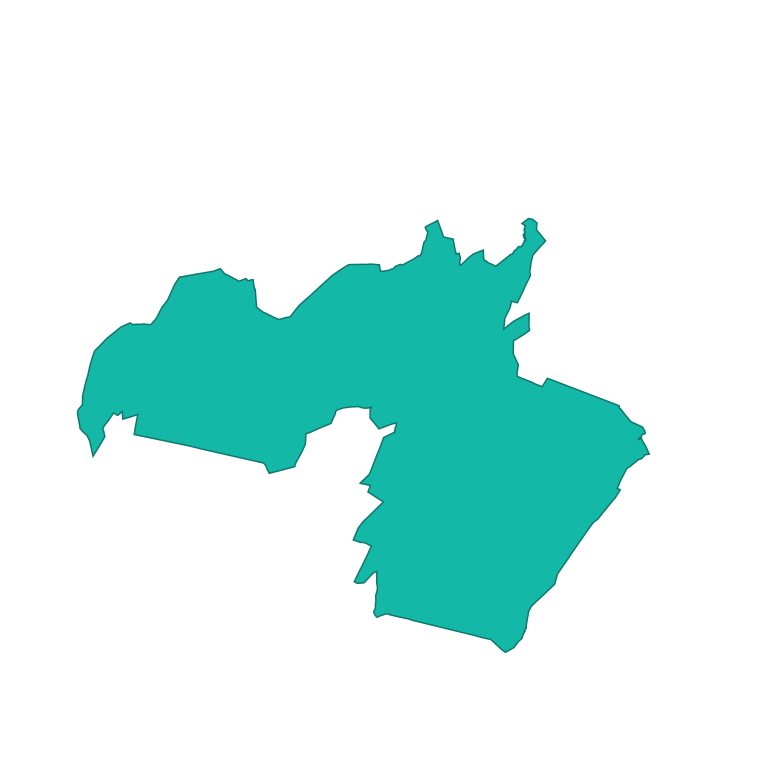 outline of Vidrižu pag., Limbaži, Latvia, rotated 123°
{"feature_id": "27541924B82277594032017", "entity_name": "Vidrižu pag.", "entity_type": "district", "adm_level": 2, "iso_a3": "LVA", "parent_name": "Latvia", "parent_adm1": "Limbaži", "projection": "equal_earth", "projection_center": [24.641, 57.308], "detail": "fine", "context": "isolated", "style": "filled", "palette": "teal", "viewbox_px": 768, "rotation_deg": 123, "n_neighbors": 0, "source": "geoboundaries", "source_scale": "gbopen_adm2", "svg_char_len": 6039}
<svg xmlns="http://www.w3.org/2000/svg" viewBox="0 0 768 768"><g transform="rotate(123 384 384)"><path d="M344.1,128.2L344.4,131.8L341.3,132.0L336.1,133.1L322.7,134.3L319.3,132.9L319.2,132.8L318.6,132.6L309.1,129.5L308.9,129.6L306.4,127.3L301.2,126.4L298.3,123.3L297.3,125.1L294.2,129.7L290.3,137.3L289.4,138.3L292.1,140.4L291.7,140.7L291.1,140.7L289.8,140.3L288.8,139.7L288.6,139.4L287.5,139.6L287.2,139.7L286.8,140.1L286.5,140.1L285.9,139.9L285.1,139.4L283.8,138.1L283.3,138.0L282.8,138.2L281.9,139.3L281.4,139.5L281.0,140.4L281.1,140.7L279.3,143.5L280.7,153.7L280.9,154.3L281.1,156.6L280.7,158.1L275.8,173.0L276.1,173.1L274.2,175.0L289.7,247.8L290.3,250.1L299.9,249.8L300.2,250.3L301.8,258.0L302.0,258.3L301.7,259.0L304.4,272.9L304.6,273.4L304.9,275.8L305.1,276.4L302.1,278.6L294.8,281.7L288.1,292.3L277.3,298.9L265.6,293.4L259.6,291.1L257.1,293.6L255.2,294.8L249.7,298.2L249.5,298.4L245.6,300.8L249.5,303.3L253.0,305.2L257.7,307.8L260.8,309.3L260.8,309.5L272.8,313.5L262.9,318.5L253.4,319.5L251.5,319.9L249.8,320.3L249.7,320.4L245.2,322.1L243.2,316.4L240.3,316.8L235.5,317.3L229.8,318.1L225.0,318.9L213.7,320.2L212.9,320.4L210.7,322.8L206.8,324.5L203.3,326.2L200.0,327.7L198.1,328.1L194.8,329.4L194.5,329.4L189.5,328.6L188.9,328.4L188.8,328.5L185.7,328.1L176.0,326.4L171.6,340.0L170.9,340.6L165.5,343.5L165.6,344.0L165.1,347.5L165.0,349.2L166.5,352.9L174.3,355.7L174.3,351.2L174.7,351.2L176.1,351.3L177.0,350.6L177.6,350.9L178.9,350.0L178.5,349.5L180.1,348.8L180.1,348.4L181.2,348.2L181.5,348.3L182.5,348.2L183.4,348.4L183.6,348.0L182.8,347.4L182.1,347.3L182.0,347.2L183.2,346.8L183.7,346.6L184.4,346.8L185.1,346.5L185.0,346.0L185.2,345.5L184.1,345.7L184.4,345.3L185.1,345.2L185.4,344.6L185.0,343.9L185.7,343.6L187.4,343.8L187.2,344.3L188.1,344.2L188.8,343.9L189.1,343.4L189.9,343.8L190.9,343.6L191.7,343.8L192.0,343.8L193.2,343.4L193.9,343.5L194.3,344.3L195.2,345.5L195.5,346.1L196.2,346.0L197.0,346.3L197.2,346.2L199.3,346.4L199.7,346.7L200.3,346.6L200.6,346.8L200.7,347.0L201.5,347.3L202.2,347.0L202.7,347.2L203.4,347.2L203.7,347.1L204.3,347.2L204.9,346.8L205.3,347.0L206.1,348.2L215.1,351.2L224.3,354.4L225.6,363.5L225.6,364.5L225.3,364.5L225.3,368.2L217.6,373.6L226.0,379.7L230.0,381.2L232.4,381.9L241.9,384.1L242.2,384.6L242.8,384.8L241.5,386.2L240.6,386.8L236.4,388.7L234.7,390.9L233.3,392.2L235.7,394.1L231.5,398.7L224.8,405.0L226.7,409.8L228.3,414.1L223.7,420.0L217.6,428.1L220.3,429.5L225.4,432.5L229.7,434.9L230.7,434.2L233.1,429.9L233.7,429.6L240.4,427.3L243.5,427.7L253.1,424.0L256.0,423.6L256.9,423.6L257.8,425.0L258.1,425.3L262.5,426.9L274.5,433.5L274.6,435.1L274.7,435.3L275.0,435.6L279.1,438.4L279.5,438.6L282.2,439.0L283.0,439.4L283.2,439.5L283.8,440.6L285.7,441.5L286.9,442.8L288.9,445.1L291.5,448.2L286.6,452.8L289.5,458.4L291.5,461.7L291.9,461.8L294.3,465.4L295.9,468.1L296.6,469.0L302.3,477.5L303.3,478.7L310.5,482.1L321.3,486.6L348.9,493.7L364.0,497.9L369.6,498.5L378.9,499.3L380.7,501.3L381.2,501.9L383.1,503.7L387.1,507.2L387.8,511.0L388.2,513.6L389.1,521.9L389.6,524.1L389.4,527.4L388.9,532.7L388.3,533.2L374.7,543.6L374.8,543.8L374.9,544.1L374.8,544.4L374.6,544.6L370.5,548.3L370.0,548.8L367.9,550.6L367.8,550.8L367.9,551.0L370.6,553.5L371.4,554.1L371.5,554.5L371.1,555.9L370.8,556.8L370.8,557.1L371.1,557.5L376.4,561.3L376.7,561.6L376.8,561.7L378.0,576.0L378.4,576.8L378.2,577.7L378.0,579.0L377.3,581.1L376.4,584.1L382.3,588.4L394.1,601.3L397.2,604.5L405.8,613.7L413.8,613.8L419.7,613.0L431.4,611.2L434.9,611.4L440.3,612.0L452.9,610.7L458.3,611.5L461.3,611.9L464.8,618.6L465.7,619.6L466.8,621.0L467.2,621.8L469.9,625.8L471.1,626.9L471.0,630.2L475.8,633.3L478.6,635.0L479.2,635.5L496.1,641.1L514.0,644.7L521.1,642.9L527.6,640.9L528.1,640.7L528.3,640.5L529.8,640.2L536.6,637.7L537.8,637.1L539.8,636.6L545.6,634.9L557.3,630.6L558.2,630.2L565.7,625.6L571.4,626.4L572.1,626.4L575.1,625.4L575.5,625.1L580.1,620.9L584.4,616.7L586.9,614.6L587.0,614.0L588.1,610.3L588.9,605.0L589.2,604.5L592.1,599.8L592.5,599.4L593.2,598.6L603.0,588.7L600.0,588.8L595.9,588.8L580.4,589.4L580.1,589.5L575.9,593.8L575.2,594.6L574.3,595.9L566.7,595.4L565.8,595.3L560.9,595.1L556.8,595.1L555.6,595.0L555.5,593.8L555.4,590.5L555.3,590.3L555.0,590.2L552.8,589.4L550.3,588.8L549.3,588.8L549.3,588.7L553.0,586.0L555.7,583.8L553.0,581.6L549.0,578.1L544.9,575.0L543.8,573.9L555.7,569.0L562.4,566.0L542.2,514.1L540.5,509.3L537.7,501.2L515.9,442.0L516.6,439.1L519.2,435.4L521.4,431.6L501.9,413.8L500.3,414.5L498.0,415.0L487.9,415.7L483.5,416.2L479.0,416.9L477.2,417.3L475.4,418.2L469.6,421.6L468.0,422.3L465.1,419.8L458.7,415.7L457.6,415.1L446.0,407.0L439.6,408.1L436.8,408.4L432.1,409.7L426.3,405.2L421.6,399.7L416.8,393.1L415.8,389.1L414.0,385.8L412.1,383.4L410.3,382.1L413.3,381.5L420.2,377.1L422.0,370.8L424.4,363.8L418.6,359.5L413.6,355.9L410.0,352.4L412.3,351.1L414.8,350.7L418.8,348.8L419.5,349.4L427.4,354.1L428.9,355.2L429.1,355.1L441.8,352.3L449.7,350.8L460.0,348.6L467.7,347.1L479.8,349.9L480.3,349.9L476.5,340.2L483.3,338.6L483.2,320.3L503.8,324.9L511.0,326.6L518.6,327.2L528.6,325.4L531.5,324.8L529.7,317.6L528.2,315.0L527.4,312.6L526.9,306.1L531.8,305.7L533.7,305.2L537.7,304.7L550.2,303.1L552.0,303.0L566.1,301.2L565.7,297.9L565.5,297.5L565.1,297.0L561.9,292.8L561.4,292.5L560.7,292.3L558.4,291.9L552.6,290.9L547.7,289.9L545.3,287.9L546.7,287.0L547.4,286.4L554.0,282.3L558.8,278.3L560.8,277.4L564.2,276.2L564.7,276.2L566.1,275.6L570.3,272.7L575.2,270.2L576.3,269.1L580.8,268.6L582.5,266.1L582.9,265.0L583.4,263.3L583.4,262.7L583.1,262.7L580.5,260.9L575.3,256.8L574.8,255.5L574.3,253.7L574.1,253.6L574.3,253.4L572.3,247.6L569.1,239.2L567.7,235.5L566.6,231.1L545.7,171.5L543.6,164.8L541.6,159.2L540.1,155.4L542.6,140.7L542.9,136.1L542.5,135.8L534.3,131.5L526.7,131.0L521.9,129.6L522.1,129.7L519.1,130.8L515.5,131.1L514.4,131.1L514.3,132.0L511.4,131.7L509.0,133.2L495.7,138.9L490.1,139.3L484.6,138.1L476.0,135.9L464.3,133.1L459.1,131.8L449.0,135.0L425.3,134.4L424.0,134.5L398.1,133.6L394.9,133.6L385.8,133.0L381.2,131.2L360.4,129.0L355.7,128.4L353.8,128.1L344.1,128.2Z" fill="#14b8a6" stroke="#0f766e" stroke-width="1.5"/></g></svg>